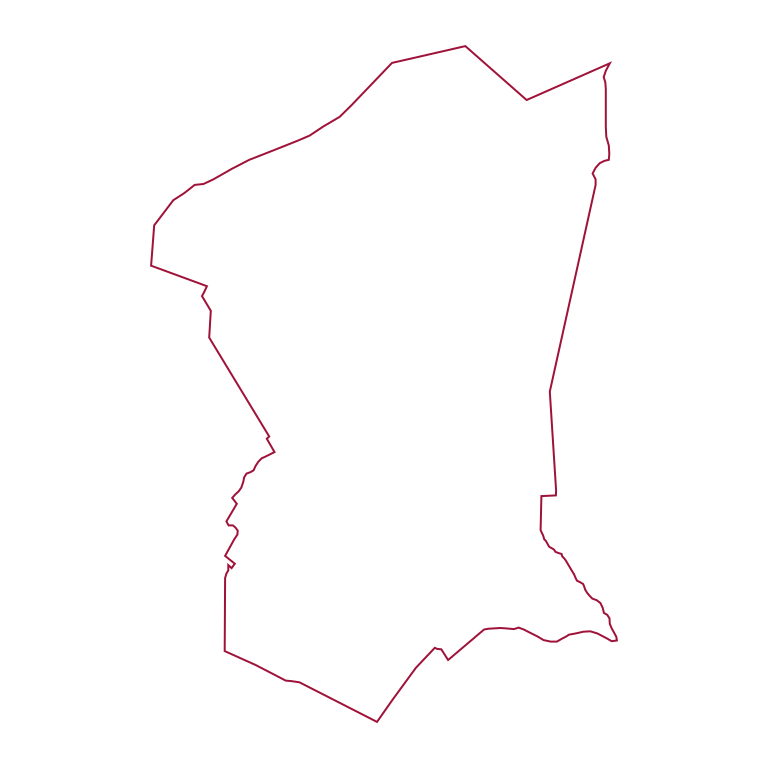 Kluang, Johor, Malaysia
{"feature_id": "92858781B16858061295144", "entity_name": "Kluang", "entity_type": "district", "adm_level": 2, "iso_a3": "MYS", "parent_name": "Malaysia", "parent_adm1": "Johor", "projection": "robinson", "projection_center": [103.428, 2.052], "detail": "fine", "context": "isolated", "style": "outline", "palette": "rose", "viewbox_px": 768, "rotation_deg": 0, "n_neighbors": 0, "source": "geoboundaries", "source_scale": "gbopen_adm2", "svg_char_len": 1943}
<svg xmlns="http://www.w3.org/2000/svg" viewBox="0 0 768 768"><path d="M151.1,265.7L206.9,286.2L205.9,288.4L204.0,292.4L202.0,296.1L210.8,310.8L209.2,337.6L269.2,436.5L266.8,438.7L274.5,452.1L264.4,457.1L261.8,458.2L258.2,461.9L255.6,465.9L253.6,470.3L250.4,472.2L246.5,473.6L244.2,477.3L243.2,482.1L241.3,487.6L238.7,491.3L235.5,494.2L232.2,497.9L236.8,503.8L226.4,521.4L228.6,525.4L232.9,525.4L235.5,527.6L237.7,530.6L237.4,534.6L234.2,539.4L225.1,555.9L234.8,563.7L231.6,568.1L228.3,565.1L228.3,570.3L226.4,573.6L225.1,578.0L224.7,651.1L256.7,665.5L258.1,666.3L285.7,680.6L291.3,681.1L299.4,682.3L376.2,721.5L377.0,721.9L393.0,699.1L415.9,667.8L434.8,647.8L437.1,648.9L441.3,649.3L448.1,660.0L484.1,629.5L488.7,628.7L493.9,628.4L500.4,628.0L506.2,628.4L514.0,629.1L518.6,627.6L523.8,629.5L528.6,632.0L537.4,636.4L543.6,640.1L550.7,641.6L556.9,641.6L561.4,639.0L565.6,636.8L569.2,634.6L575.4,633.5L583.5,631.7L590.3,631.3L597.5,633.5L607.2,638.6L611.7,641.2L616.9,640.5L616.3,636.8L614.3,633.1L611.7,628.4L609.8,623.9L609.5,618.4L607.2,614.8L603.9,612.9L602.7,607.8L600.4,603.0L596.5,600.1L592.3,598.6L589.6,595.8L587.1,592.8L585.2,589.7L584.0,586.0L583.0,583.9L580.1,582.2L577.1,580.8L575.7,578.2L574.0,574.2L571.1,569.5L566.1,561.0L564.5,558.7L562.2,556.3L561.6,554.0L558.4,553.0L555.5,551.9L553.9,549.5L551.6,548.1L549.1,546.7L547.4,543.6L545.8,540.8L544.3,539.4L543.1,535.4L541.8,532.8L540.6,530.2L541.4,496.1L555.9,495.4L556.1,490.5L549.8,391.6L595.6,185.0L595.6,179.3L592.6,173.5L595.6,167.8L599.7,163.2L604.3,160.9L608.8,159.8L609.3,154.0L608.8,145.4L606.3,136.8L605.8,126.5L605.8,115.5L605.8,104.1L605.8,94.9L605.8,89.1L605.3,82.2L603.7,77.1L605.8,70.8L609.8,63.3L526.6,100.0L465.3,46.1L392.0,62.9L351.6,105.1L339.7,116.8L323.1,126.6L309.6,135.6L296.9,141.0L270.0,151.7L249.3,159.8L231.9,168.8L212.9,179.6L203.4,184.0L194.7,184.9L184.4,193.0L173.3,200.2L154.2,225.3L151.1,265.7Z" fill="none" stroke="#9f1239" stroke-width="2"/></svg>